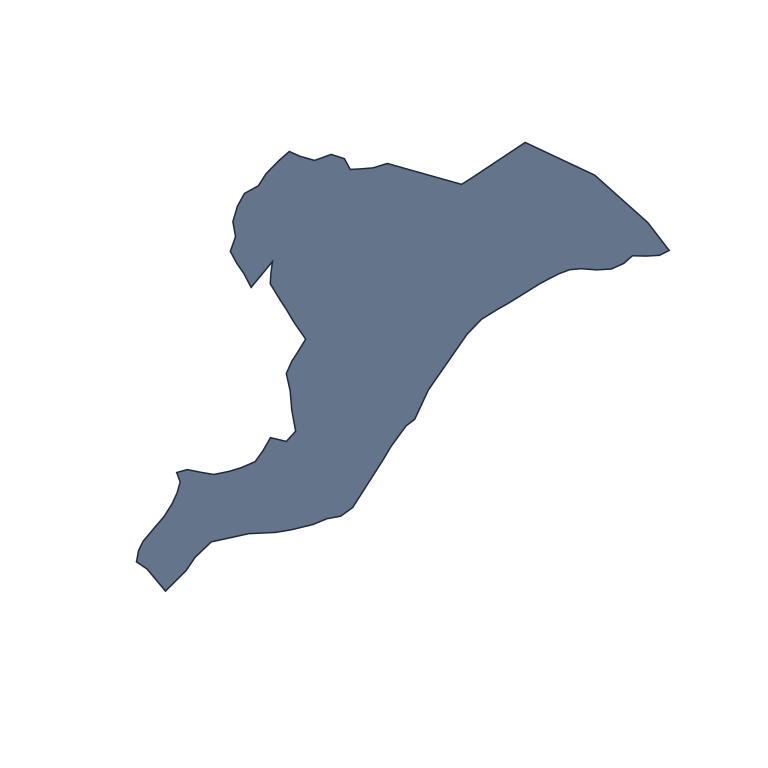 the district of Propriá, Sergipe, Brazil, rotated 114°
{"feature_id": "56859067B53769689162017", "entity_name": "Propriá", "entity_type": "district", "adm_level": 2, "iso_a3": "BRA", "parent_name": "Brazil", "parent_adm1": "Sergipe", "projection": "albers", "projection_center": [-36.788, -10.237], "detail": "fine", "context": "isolated", "style": "filled", "palette": "slate", "viewbox_px": 768, "rotation_deg": 114, "n_neighbors": 0, "source": "geoboundaries", "source_scale": "gbopen_adm2", "svg_char_len": 1263}
<svg xmlns="http://www.w3.org/2000/svg" viewBox="0 0 768 768"><g transform="rotate(114 384 384)"><path d="M598.5,477.6L575.8,446.8L563.7,422.7L554.9,409.4L541.2,391.7L530.4,381.5L522.4,369.9L509.7,362.4L452.4,353.8L438.3,352.2L413.2,346.8L403.8,341.6L371.2,341.0L304.5,328.3L285.1,321.2L268.7,310.0L261.0,304.2L239.9,289.8L229.5,282.8L221.1,276.3L212.1,269.0L204.1,260.9L198.6,251.0L193.2,236.0L186.5,223.1L176.3,214.0L165.8,209.2L160.5,196.5L154.4,184.7L146.0,177.8L129.2,208.8L107.5,276.5L105.9,353.3L159.5,387.3L170.1,394.4L181.2,470.7L191.0,481.9L197.0,492.9L201.7,502.1L194.3,511.8L195.7,525.6L208.0,538.4L210.1,553.2L210.1,565.1L223.2,571.1L239.9,577.3L254.0,579.4L266.7,589.0L281.0,590.2L297.2,588.1L309.7,579.6L325.4,578.3L333.8,567.3L340.1,556.9L349.8,544.7L317.6,535.7L328.7,532.4L338.7,528.7L349.6,512.9L355.5,503.7L363.9,491.9L374.9,473.8L390.7,475.9L400.5,477.5L414.2,477.5L428.5,466.9L445.1,457.8L463.1,445.5L476.2,449.9L479.2,465.9L494.0,467.4L507.3,470.1L518.3,480.2L526.7,489.8L535.9,502.7L539.2,515.6L542.2,528.9L549.2,537.4L556.5,530.3L568.0,528.7L579.7,528.9L594.4,531.0L608.9,535.3L625.7,540.1L635.7,540.5L647.2,537.8L649.4,525.2L662.1,499.4L634.7,488.8L619.3,486.1L598.5,477.6Z" fill="#64748b" stroke="#1e293b" stroke-width="1.5"/></g></svg>